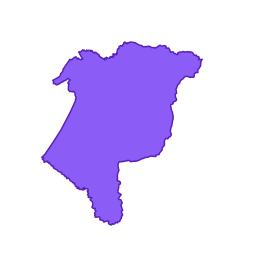 the district of Tharaka, Eastern, Kenya, rotated 343°
{"feature_id": "3690345B49853475853823", "entity_name": "Tharaka", "entity_type": "district", "adm_level": 2, "iso_a3": "KEN", "parent_name": "Kenya", "parent_adm1": "Eastern", "projection": "mercator", "projection_center": [38.037, -0.18], "detail": "fine", "context": "isolated", "style": "filled", "palette": "violet", "viewbox_px": 256, "rotation_deg": 343, "n_neighbors": 0, "source": "geoboundaries", "source_scale": "gbopen_adm2", "svg_char_len": 5676}
<svg xmlns="http://www.w3.org/2000/svg" viewBox="0 0 256 256"><g transform="rotate(343 128 128)"><path d="M63.3,110.3L51.9,120.0L40.7,129.0L37.1,130.8L37.2,131.2L38.2,131.4L38.4,132.1L38.3,132.6L37.9,133.0L37.2,133.0L38.3,135.0L37.7,135.9L37.9,136.2L41.0,136.1L41.3,136.3L40.8,136.8L41.9,138.0L42.0,138.5L42.8,138.2L42.7,139.1L43.3,140.1L43.6,141.4L44.7,141.8L44.5,142.3L45.1,142.7L45.0,143.4L45.6,143.6L45.3,144.9L47.7,147.1L48.7,149.1L49.8,150.0L50.8,150.5L50.9,151.1L51.4,151.5L51.1,152.1L51.6,153.0L53.3,154.2L53.5,154.6L53.2,155.1L53.8,155.7L53.8,156.1L54.6,156.5L54.7,158.5L55.1,158.6L55.6,158.1L56.0,158.2L56.7,158.9L57.4,161.6L58.8,163.1L59.2,164.1L60.0,164.4L60.0,165.4L60.9,165.4L60.7,167.9L60.9,168.7L61.9,169.0L62.1,169.4L62.1,170.0L61.7,170.7L61.9,171.0L62.5,171.2L63.3,170.4L63.6,171.2L63.4,172.0L63.7,172.3L64.3,172.8L65.6,173.1L66.8,174.1L67.9,174.0L67.6,173.4L67.0,173.2L68.0,172.1L68.7,172.5L68.9,172.9L68.8,173.3L69.1,173.6L70.7,173.8L71.9,175.0L71.8,175.7L70.7,176.3L71.2,176.9L71.1,177.3L70.7,177.4L70.6,177.7L71.1,178.6L71.1,179.2L69.9,179.8L69.8,180.2L70.5,181.0L70.6,181.3L70.3,181.4L69.8,182.6L69.9,182.9L71.6,183.3L72.8,184.0L71.4,184.8L70.9,185.5L70.9,186.0L71.3,186.3L72.4,188.5L72.3,189.9L71.6,191.8L70.4,193.1L70.7,194.0L71.4,194.8L73.1,195.3L72.4,196.9L73.1,198.2L71.4,199.4L71.1,199.8L71.0,200.3L71.4,201.4L70.6,202.0L70.6,203.4L70.9,203.8L74.4,204.6L74.9,205.2L75.0,205.6L74.5,206.7L74.6,207.9L75.4,208.1L76.8,209.0L77.2,209.4L77.1,210.4L77.5,210.9L79.0,210.9L80.0,210.6L82.3,211.5L81.6,212.9L81.5,213.5L82.0,214.6L83.0,215.4L84.0,215.8L85.1,214.9L85.5,215.1L86.0,215.8L87.5,215.6L88.5,214.7L90.3,215.6L91.0,214.6L92.6,215.0L94.3,213.0L95.2,212.5L95.9,210.6L97.1,210.1L97.3,209.6L97.5,208.5L97.1,207.2L97.2,206.0L98.9,205.0L98.6,203.7L98.8,200.3L99.1,199.1L100.5,198.0L100.5,197.3L100.1,194.6L98.3,193.5L98.2,192.9L100.1,191.0L101.9,189.9L101.9,189.5L101.3,188.8L99.6,186.8L99.5,186.1L101.9,181.8L102.6,179.8L103.1,179.4L104.4,179.2L104.6,178.8L104.7,178.0L104.6,177.0L104.0,176.2L102.6,175.3L102.4,174.4L103.3,173.1L103.9,170.2L105.1,168.1L106.9,165.9L107.3,161.3L108.2,159.3L109.3,158.0L109.6,157.8L113.8,158.7L116.4,158.8L117.4,159.2L118.0,158.8L119.5,159.4L120.3,160.6L121.1,161.1L122.6,161.2L126.1,162.1L129.3,162.0L132.1,161.5L134.3,161.6L135.2,161.2L138.1,161.7L141.5,161.5L146.2,163.4L147.0,162.0L149.6,162.4L150.2,162.2L150.6,161.3L154.1,159.0L154.7,157.5L155.6,156.5L157.7,155.2L158.1,154.4L159.0,151.0L160.2,149.7L161.3,149.0L162.7,149.9L163.2,149.8L164.0,148.9L166.1,148.5L167.3,147.3L167.6,146.2L167.4,143.7L169.2,140.2L170.3,138.9L172.9,133.8L173.5,133.0L174.2,131.4L174.6,129.8L175.0,125.7L174.7,123.3L175.4,118.6L175.9,118.1L177.9,118.1L178.3,117.8L178.6,116.6L179.0,116.3L181.6,116.1L182.5,115.5L182.8,114.6L182.5,112.8L182.5,111.7L183.0,109.7L183.3,109.3L184.4,109.1L184.7,108.7L185.2,105.1L188.0,101.5L190.4,100.2L191.6,98.6L192.4,97.9L195.5,96.8L197.0,95.6L198.5,95.6L199.8,96.1L201.0,96.6L201.6,97.5L202.2,97.8L204.1,98.1L205.3,98.6L206.0,98.4L206.5,97.7L206.8,96.1L207.2,95.7L209.0,94.8L210.5,95.3L211.1,95.2L211.7,92.7L213.3,91.8L215.7,89.6L216.6,86.8L218.0,84.8L218.9,84.1L218.4,83.8L217.2,83.8L216.5,83.3L215.6,83.2L215.6,82.8L216.6,81.9L216.4,80.5L215.6,80.0L214.9,79.8L214.6,78.5L214.4,78.2L213.7,78.4L213.1,77.9L212.5,77.2L211.8,74.9L210.7,73.9L210.0,73.8L209.4,73.1L207.9,73.2L207.5,72.4L205.0,72.2L203.2,71.0L202.0,71.2L199.8,70.5L197.8,70.6L197.4,71.2L197.2,72.1L196.8,72.2L196.0,71.9L195.0,70.6L193.8,70.0L193.5,68.5L192.2,68.0L191.2,68.1L191.0,67.9L190.4,63.8L190.2,63.4L187.8,62.8L187.6,62.4L188.2,61.7L188.2,61.2L188.1,60.8L187.3,60.1L186.4,59.7L185.5,59.8L184.4,59.7L182.7,58.2L181.9,58.3L179.4,59.2L178.8,59.1L178.3,59.4L177.3,59.6L176.7,58.8L174.0,58.0L173.1,56.7L171.7,55.9L170.4,55.6L169.8,55.8L168.7,55.3L166.7,55.0L166.3,54.8L165.8,54.3L165.4,53.2L164.0,52.7L162.4,51.4L159.9,48.7L157.5,47.3L154.8,46.4L153.6,46.8L152.8,46.4L152.1,47.1L151.7,47.1L150.9,46.6L151.0,45.9L150.3,45.5L150.2,45.0L149.8,44.9L148.8,45.4L148.3,46.5L147.2,46.9L146.7,47.9L145.1,47.1L143.3,47.5L142.8,49.0L141.0,49.6L139.7,52.3L139.2,52.7L139.3,53.8L138.4,54.6L137.9,53.7L137.3,53.7L136.4,53.1L135.6,52.9L135.6,53.3L136.0,53.4L136.0,53.7L135.2,53.7L135.6,54.5L135.2,54.7L135.0,55.4L134.3,55.0L134.3,55.8L134.1,55.9L133.7,55.8L133.5,55.1L133.2,55.0L133.0,55.4L132.5,55.4L131.8,54.7L131.2,55.2L130.8,55.9L130.3,55.9L128.5,55.0L128.6,54.7L128.0,54.1L127.6,54.2L127.7,54.8L127.2,54.9L127.1,55.5L126.7,54.9L126.1,54.5L125.2,54.8L125.5,55.4L125.4,55.7L124.5,54.3L123.7,53.7L123.5,53.0L122.9,52.8L121.9,51.3L121.5,51.2L121.4,50.4L121.7,50.2L121.4,49.0L120.4,48.3L119.9,47.0L118.7,45.9L118.2,46.5L117.9,46.6L117.7,46.3L117.9,46.0L116.9,45.8L116.7,45.6L116.7,44.9L116.1,43.9L116.2,43.5L115.2,43.0L114.9,43.6L114.6,43.7L114.3,43.0L113.4,42.2L112.6,42.3L111.3,41.6L111.1,42.3L109.8,42.3L109.0,40.8L108.3,40.6L107.9,40.8L107.6,40.2L107.2,40.5L106.1,40.7L105.4,41.2L104.8,41.3L103.5,40.8L103.1,41.3L104.7,48.8L103.2,48.7L102.9,49.0L101.6,47.8L100.6,47.6L100.9,46.8L100.5,46.5L99.9,46.8L99.6,46.7L99.6,46.3L99.1,45.7L99.1,44.8L98.8,44.7L97.2,44.9L95.5,45.6L94.7,46.3L94.1,45.9L93.4,46.2L92.6,45.4L83.1,52.8L82.2,54.8L79.6,56.3L78.0,58.6L74.5,59.6L70.1,60.4L70.4,61.2L69.7,63.7L70.8,64.1L71.4,64.6L71.5,65.0L72.8,66.0L74.1,65.6L74.8,65.8L77.0,64.9L77.5,65.0L78.7,64.6L79.4,64.8L79.9,64.2L81.5,64.3L83.4,63.9L84.5,63.2L85.0,63.1L85.5,63.8L86.3,64.3L86.7,65.2L84.7,66.1L83.6,67.7L83.7,68.0L84.4,68.4L84.4,68.8L83.3,70.4L83.1,71.3L82.5,72.5L82.2,74.1L82.3,74.8L83.2,76.2L84.6,76.6L85.2,77.1L85.7,76.8L86.9,77.4L87.5,79.5L87.0,81.5L87.3,84.0L86.3,85.0L85.8,86.5L77.8,95.6L63.3,110.3Z" fill="#8b5cf6" stroke="#5b21b6" stroke-width="1.5"/></g></svg>